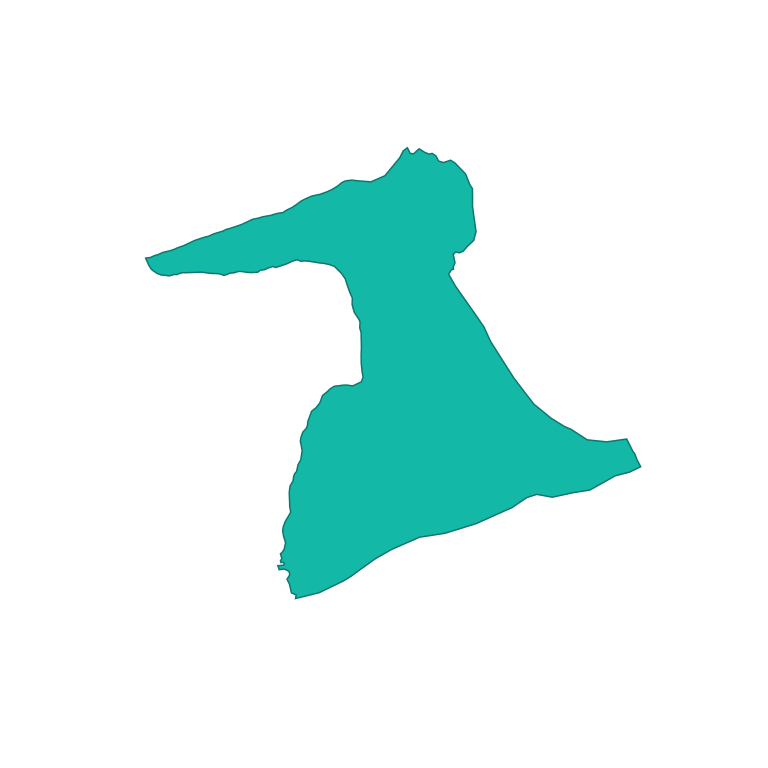 outline of Donga, Taraba, Nigeria, rotated 203°
{"feature_id": "59680162B72688070781247", "entity_name": "Donga", "entity_type": "district", "adm_level": 2, "iso_a3": "NGA", "parent_name": "Nigeria", "parent_adm1": "Taraba", "projection": "mercator", "projection_center": [10.325, 7.657], "detail": "fine", "context": "isolated", "style": "filled", "palette": "teal", "viewbox_px": 768, "rotation_deg": 203, "n_neighbors": 0, "source": "geoboundaries", "source_scale": "gbopen_adm2", "svg_char_len": 3891}
<svg xmlns="http://www.w3.org/2000/svg" viewBox="0 0 768 768"><g transform="rotate(203 384 384)"><path d="M652.6,406.7L647.0,401.5L643.0,398.7L640.1,397.9L635.3,397.1L631.4,397.3L628.6,398.4L623.9,399.6L620.2,402.7L617.3,403.8L615.5,405.8L612.7,407.9L609.9,409.0L605.2,411.2L600.5,413.4L595.8,415.6L592.0,416.7L587.3,417.9L581.6,420.1L577.8,421.3L574.0,421.4L571.2,423.5L569.4,425.6L565.6,427.7L561.9,430.8L559.1,431.9L554.4,433.1L550.6,434.3L544.0,437.5L542.2,440.5L538.5,442.6L535.8,445.7L532.1,448.8L529.2,448.9L520.9,456.2L518.1,459.2L516.3,461.3L512.6,464.4L508.8,464.5L504.1,466.7L500.3,467.9L490.8,470.2L487.0,471.4L484.6,471.9L481.3,472.6L475.6,472.9L466.8,469.4L463.8,467.6L460.8,465.7L456.8,461.0L451.7,455.4L446.7,450.7L444.5,444.9L442.4,442.1L439.3,438.3L432.4,433.7L430.4,431.9L428.2,426.1L425.1,422.3L423.0,417.5L420.8,412.7L418.7,407.9L416.5,402.1L413.2,394.5L409.0,386.8L405.9,382.1L405.7,377.2L409.3,373.1L412.1,370.0L416.8,368.8L419.7,367.7L421.4,366.8L429.0,362.4L431.7,358.4L433.4,354.4L436.1,349.4L435.8,344.5L435.7,341.5L437.3,335.6L440.0,330.6L439.6,322.7L439.5,319.8L438.3,315.9L438.2,313.0L439.9,308.0L439.6,302.2L438.5,298.3L436.4,295.5L433.3,290.7L432.1,285.9L431.0,282.0L431.6,276.1L430.3,269.3L431.2,266.3L431.0,263.4L429.9,259.5L430.6,253.6L429.4,248.8L428.3,245.9L425.1,239.2L422.9,234.3L419.8,229.6L420.5,223.7L421.2,218.7L420.9,212.9L419.8,209.0L418.2,206.6L416.7,204.3L412.6,199.5L411.3,192.7L412.1,188.8L413.0,187.3L409.8,183.4L410.3,180.9L409.0,179.3L407.1,180.6L405.3,179.4L405.8,177.9L410.7,175.3L407.9,172.1L403.4,174.8L398.3,174.4L396.2,171.6L397.0,166.4L392.9,162.9L387.6,155.6L382.4,155.5L381.6,152.0L365.3,164.2L362.5,166.2L360.8,168.1L357.6,171.8L352.5,177.6L348.6,182.0L346.8,184.1L344.1,187.2L340.4,192.5L339.3,194.0L336.1,199.3L333.2,204.2L330.3,209.0L325.4,217.0L323.9,219.5L322.5,221.4L317.9,227.4L315.0,231.2L312.6,234.4L307.8,239.5L304.5,243.0L301.7,246.0L295.1,252.9L291.6,256.8L280.5,263.6L278.6,264.8L269.4,270.5L244.4,291.7L236.9,299.8L233.2,303.8L229.5,307.8L225.7,311.8L223.3,314.5L217.8,320.3L214.8,325.0L208.8,334.3L208.1,335.3L201.2,341.3L200.2,342.1L196.6,342.9L192.8,343.8L187.8,344.9L184.8,345.6L166.5,358.5L161.9,361.3L153.1,366.8L150.2,370.5L147.3,374.3L144.3,378.1L141.8,381.4L138.0,386.3L135.5,389.7L125.1,397.6L123.6,398.8L115.4,408.1L121.4,413.0L125.8,417.6L128.7,419.3L133.5,423.4L139.1,428.2L147.5,423.1L156.5,417.7L163.5,415.6L167.3,414.4L172.9,412.7L175.2,412.0L180.1,412.9L186.4,414.0L190.3,414.7L194.5,415.4L201.3,415.4L204.6,415.9L205.7,416.1L210.6,416.8L216.6,417.7L229.1,421.4L238.2,424.0L245.4,428.1L251.5,431.5L259.4,436.0L266.6,440.1L276.4,446.8L284.4,452.3L286.1,453.5L292.8,458.1L300.8,463.6L302.3,464.7L308.1,469.9L314.3,475.6L329.6,485.3L354.2,500.6L356.3,501.9L367.4,510.3L366.5,515.7L364.9,516.7L366.0,518.8L366.0,523.3L369.1,527.8L370.9,530.5L369.5,533.7L366.0,534.1L362.9,537.3L361.1,543.1L357.5,551.2L358.8,560.2L369.1,577.3L370.4,579.5L372.2,582.7L375.8,591.3L377.6,595.3L378.9,598.4L382.5,600.7L391.0,609.2L404.8,615.1L410.1,616.0L415.9,611.0L420.9,610.6L425.3,614.2L429.8,615.1L432.0,613.3L436.6,613.1L443.6,614.2L446.7,607.4L449.9,606.5L454.8,610.6L455.1,610.0L455.8,608.9L457.4,606.1L457.9,598.4L459.5,593.1L462.1,584.3L463.6,579.2L464.6,576.0L475.1,564.9L479.8,563.4L487.8,560.7L493.1,559.2L498.7,556.0L501.5,553.0L504.1,548.0L507.7,542.9L511.4,538.8L516.9,533.7L521.5,530.5L524.3,528.4L528.0,524.4L531.6,520.3L535.2,514.2L537.9,510.2L541.5,506.1L544.2,502.1L547.9,500.0L550.7,497.9L554.4,494.8L560.9,490.6L564.6,487.5L569.3,484.3L572.9,480.2L577.5,475.1L582.1,471.0L583.0,470.2L586.7,466.9L589.5,464.8L592.2,461.7L595.9,458.6L599.6,455.5L603.3,451.4L606.1,449.4L609.7,446.3L614.4,442.1L616.2,440.1L618.9,437.0L622.6,432.9L627.2,428.8L629.9,425.8L633.6,422.6L636.4,420.6L639.2,418.5L641.9,415.4L645.6,412.3L648.3,409.3L652.6,406.7Z" fill="#14b8a6" stroke="#0f766e" stroke-width="1.5"/></g></svg>